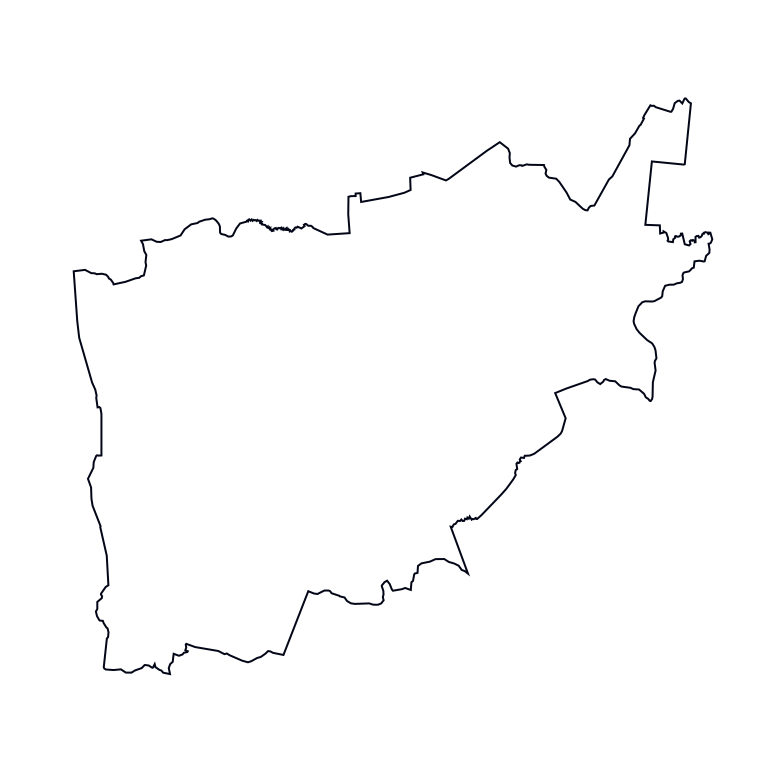 outline of Telesti, Gorj, Romania, rotated 274°
{"feature_id": "2599482B86985968934630", "entity_name": "Telesti", "entity_type": "district", "adm_level": 2, "iso_a3": "ROU", "parent_name": "Romania", "parent_adm1": "Gorj", "projection": "natural_earth1", "projection_center": [23.098, 44.988], "detail": "fine", "context": "isolated", "style": "outline", "palette": "ink", "viewbox_px": 768, "rotation_deg": 274, "n_neighbors": 0, "source": "geoboundaries", "source_scale": "gbopen_adm2", "svg_char_len": 6122}
<svg xmlns="http://www.w3.org/2000/svg" viewBox="0 0 768 768"><g transform="rotate(274 384 384)"><path d="M685.4,670.6L686.5,668.4L689.9,665.1L689.8,664.2L689.1,663.7L684.7,662.0L687.3,659.0L686.9,657.3L684.4,654.4L678.7,653.2L675.7,651.7L675.5,650.9L679.1,635.8L680.4,633.8L680.1,631.7L680.6,630.3L670.6,625.1L667.5,623.9L666.9,624.8L660.4,621.9L659.7,620.9L651.5,616.9L645.8,612.3L639.3,612.2L607.0,597.3L603.7,594.1L576.7,581.4L576.0,577.7L574.2,576.1L571.4,574.9L571.5,572.6L572.8,569.9L579.0,562.3L581.0,556.9L587.8,552.7L597.8,544.8L600.8,541.5L601.4,534.0L603.1,531.7L605.2,530.5L608.9,531.0L611.8,528.9L613.6,528.3L612.8,513.4L613.1,511.2L611.2,506.6L611.7,506.1L611.7,503.7L610.1,500.6L610.9,496.8L613.3,494.4L618.7,493.4L623.1,493.4L627.4,491.4L633.3,482.6L623.8,470.3L593.1,434.2L591.4,431.6L595.8,416.4L597.7,407.8L595.9,408.6L591.6,395.7L579.4,397.0L576.2,391.0L570.9,375.6L564.0,348.5L572.7,347.1L572.0,342.4L569.5,342.6L569.1,338.0L568.3,335.5L550.7,336.5L532.1,339.2L529.1,317.3L534.6,302.7L535.8,301.7L536.7,300.1L536.6,297.3L538.2,295.2L538.2,294.2L537.2,293.0L536.0,293.8L533.4,290.8L534.9,286.8L533.8,285.9L534.0,284.7L532.8,283.7L531.9,283.9L531.2,282.4L530.5,282.5L529.5,281.5L530.1,280.3L529.7,279.5L531.1,279.4L531.3,279.0L530.9,278.4L532.0,277.5L530.9,277.1L530.9,275.5L532.5,275.6L530.8,273.5L532.3,272.9L531.2,271.9L532.0,271.6L531.5,270.8L532.8,270.6L532.1,269.3L532.4,268.2L532.0,267.3L530.7,266.8L530.8,265.8L532.1,265.2L531.6,263.9L530.1,262.5L529.2,263.0L528.7,261.5L529.4,260.8L530.2,260.9L530.2,259.7L531.6,259.7L531.1,259.1L532.0,258.7L531.4,258.3L531.6,257.5L533.1,257.1L532.3,256.3L534.3,254.4L534.7,251.0L535.6,251.1L535.9,249.2L536.5,249.1L537.4,250.4L537.7,249.6L538.4,249.6L538.1,247.1L538.8,246.4L537.8,245.6L538.6,244.7L538.2,243.9L538.7,242.7L537.6,241.6L538.9,240.5L537.6,239.4L538.9,238.1L538.3,237.1L536.7,237.0L537.1,235.8L536.4,235.6L534.1,229.2L528.9,225.8L521.6,222.8L520.5,221.1L520.2,218.4L521.7,215.1L522.2,211.4L522.8,210.6L523.6,209.9L529.8,209.3L532.4,207.9L535.5,205.0L537.0,202.6L537.3,201.2L536.2,198.4L535.4,194.1L533.0,188.3L531.6,186.8L529.8,180.5L524.4,174.3L518.0,170.7L513.7,162.1L512.4,157.7L512.3,155.5L510.1,151.4L510.0,147.4L512.1,141.9L510.0,131.7L506.7,133.8L499.7,135.6L496.2,137.9L488.9,137.6L485.6,138.5L475.6,136.9L474.4,133.8L472.9,132.5L472.1,128.8L467.9,119.0L464.5,107.3L465.6,107.0L469.0,104.3L470.1,102.2L471.5,101.5L473.6,99.2L474.3,94.9L473.5,89.7L474.2,87.9L474.2,84.2L477.0,77.8L474.8,66.6L425.4,73.6L408.9,76.7L365.1,92.7L358.2,96.4L352.4,98.1L350.1,97.9L340.7,99.9L341.1,101.7L340.2,102.8L334.5,104.2L293.0,107.1L292.6,103.9L292.9,102.8L292.1,101.9L286.0,99.9L280.1,99.9L268.8,95.3L260.4,99.0L248.9,100.2L242.2,101.8L222.3,111.2L221.5,110.9L193.4,119.4L164.0,123.1L162.1,120.5L155.2,116.4L154.3,116.3L152.6,117.6L150.7,117.4L146.6,113.2L139.7,113.7L136.9,112.5L132.4,113.9L128.8,116.3L128.2,117.0L128.1,120.1L126.1,120.9L121.9,123.9L120.9,125.3L117.1,126.5L112.2,126.4L110.8,125.3L82.0,124.2L80.8,124.7L79.8,126.4L79.8,134.3L81.0,141.4L78.1,146.6L78.5,152.3L80.9,155.6L83.7,162.1L87.0,164.9L86.8,168.8L84.8,172.6L85.0,173.3L88.6,174.8L85.6,175.8L83.1,180.0L82.7,181.8L80.6,183.9L79.7,190.8L85.6,189.1L89.6,190.2L92.1,192.6L100.2,193.0L98.6,198.4L100.1,201.8L101.9,203.1L102.9,206.5L103.7,206.9L104.6,204.4L107.4,205.1L110.3,204.4L111.0,204.9L108.4,214.0L106.1,237.3L103.4,243.7L104.2,246.0L102.7,248.8L98.1,261.8L96.9,267.7L98.2,270.9L101.9,276.7L103.1,280.1L106.7,284.5L109.5,287.0L109.3,289.4L108.1,291.9L106.7,302.6L172.0,322.9L170.1,328.8L169.9,332.3L173.8,338.9L174.1,343.3L173.6,344.6L171.6,346.4L169.6,354.2L169.1,354.7L168.3,359.5L164.9,362.3L162.9,366.3L162.6,370.3L164.1,384.5L163.1,388.7L163.4,393.4L164.9,396.5L168.2,398.7L171.4,397.7L173.8,398.2L177.5,397.8L182.1,395.9L182.9,395.9L186.4,398.4L188.0,400.8L184.9,403.6L179.6,406.2L178.4,407.3L180.6,416.3L182.0,419.3L180.4,425.1L188.1,425.2L189.7,426.7L196.2,427.4L197.1,428.0L197.9,430.6L204.9,430.6L207.7,433.9L210.0,442.2L212.9,447.6L213.6,456.3L211.0,461.1L209.9,466.3L208.0,471.1L203.9,474.5L203.1,477.4L200.7,481.0L246.3,460.5L246.1,462.2L248.8,463.4L249.5,465.1L252.7,467.2L252.6,469.4L254.2,470.6L252.8,472.0L253.1,473.6L255.3,474.2L254.9,476.1L256.6,476.5L255.6,478.0L257.8,478.7L254.8,480.9L255.5,481.6L255.4,482.9L256.8,484.9L255.8,485.5L255.8,486.3L259.8,490.2L281.7,508.5L287.9,513.3L297.9,519.6L302.4,521.8L304.3,521.0L307.4,521.4L308.4,522.8L313.7,521.7L315.0,522.6L314.5,523.5L314.9,524.6L316.2,524.9L316.5,525.7L318.2,524.7L320.2,525.8L320.0,528.8L322.2,529.4L322.8,534.4L324.8,538.6L343.6,560.8L346.8,563.7L349.4,564.9L362.5,567.6L386.9,555.4L392.1,566.0L401.1,586.9L402.7,589.3L403.4,592.7L403.1,594.4L400.5,596.8L399.0,599.7L401.7,602.6L403.3,603.2L404.4,604.9L403.0,608.7L402.8,614.5L398.9,619.2L398.0,621.2L397.4,630.2L396.3,633.0L396.3,638.8L392.4,644.1L389.0,646.1L387.5,648.7L385.8,650.2L385.6,651.2L387.7,652.5L390.0,652.8L404.5,652.1L416.4,654.0L423.8,652.5L425.8,652.6L428.6,654.0L436.5,652.5L439.9,651.1L443.3,648.6L446.1,643.5L452.9,635.3L456.3,632.2L461.3,629.4L464.0,628.6L468.3,629.0L472.5,630.2L479.3,632.4L483.6,636.0L484.7,638.8L485.0,645.9L485.5,647.9L489.6,654.5L491.1,655.4L496.0,655.6L501.6,657.6L503.0,661.9L503.3,666.1L504.9,669.2L505.7,672.6L506.7,674.2L509.6,674.9L513.2,674.2L515.4,674.8L516.2,675.6L517.7,680.6L521.0,683.3L521.7,684.9L528.0,685.2L529.0,690.0L528.5,694.5L528.8,695.3L534.3,696.4L537.5,699.4L540.9,699.4L546.6,698.0L547.0,699.5L547.9,700.3L551.3,701.4L557.7,699.0L557.7,697.4L556.5,697.7L556.1,697.1L557.5,696.2L557.9,694.1L557.2,692.5L556.3,692.7L555.8,691.2L553.9,690.7L552.4,689.3L552.0,688.2L553.7,687.3L553.3,685.5L552.5,684.5L547.2,684.9L547.0,684.1L548.5,683.7L549.2,682.3L549.0,681.5L548.4,681.3L548.8,680.1L547.7,679.0L545.0,680.0L543.5,678.7L544.4,674.3L554.9,671.0L554.7,669.7L552.8,669.5L551.6,667.8L551.4,666.7L552.0,664.7L551.5,664.0L550.2,664.3L548.6,662.5L545.7,662.3L546.0,657.7L546.7,656.9L548.1,657.4L549.7,657.1L554.3,655.1L555.8,652.2L554.5,652.2L553.4,649.0L561.5,648.1L561.0,633.6L624.7,635.7L623.8,667.6L624.2,668.7L685.4,670.6Z" fill="none" stroke="#020617" stroke-width="2"/></g></svg>